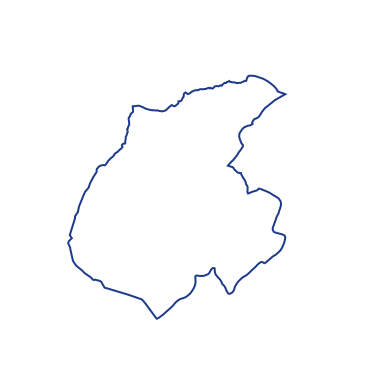 Angkor Chey, Kâmpôt, Cambodia, rotated 227°
{"feature_id": "14789045B76666331169485", "entity_name": "Angkor Chey", "entity_type": "district", "adm_level": 2, "iso_a3": "KHM", "parent_name": "Cambodia", "parent_adm1": "Kâmpôt", "projection": "robinson", "projection_center": [104.635, 10.793], "detail": "fine", "context": "isolated", "style": "outline", "palette": "blue", "viewbox_px": 384, "rotation_deg": 227, "n_neighbors": 0, "source": "geoboundaries", "source_scale": "gbopen_adm2", "svg_char_len": 5451}
<svg xmlns="http://www.w3.org/2000/svg" viewBox="0 0 384 384"><g transform="rotate(227 192 192)"><path d="M238.6,66.3L234.5,65.0L233.3,64.1L225.1,59.3L222.8,58.0L220.3,57.5L219.1,57.3L216.8,57.1L216.1,57.2L214.6,57.4L211.1,57.9L208.8,58.2L206.4,58.1L199.3,59.6L198.6,59.8L195.7,59.7L194.7,60.1L194.1,61.2L189.8,64.0L188.6,64.2L187.6,64.3L186.5,63.9L182.9,63.1L181.7,62.8L181.2,63.1L180.3,63.7L160.6,75.2L148.2,81.8L146.9,82.1L142.2,81.9L136.3,81.2L124.6,79.8L123.3,79.8L122.9,81.2L122.6,82.3L122.4,84.0L122.2,86.0L122.0,88.3L122.0,91.2L121.9,94.1L121.8,96.6L121.8,98.6L121.9,100.9L122.2,102.7L122.3,103.5L122.4,105.5L122.3,107.3L121.9,109.9L121.1,111.8L120.0,114.0L119.4,115.9L119.1,117.9L119.0,121.4L119.4,123.6L119.8,125.4L120.3,127.3L120.9,128.7L121.6,130.3L122.8,132.1L123.3,132.7L123.9,133.3L125.3,134.6L126.4,135.5L127.5,136.3L128.1,137.1L128.1,138.0L127.2,138.9L125.5,140.3L124.8,141.0L123.4,142.5L122.4,143.9L121.6,146.0L120.9,147.9L121.0,149.5L121.7,151.5L122.2,153.0L122.3,154.4L122.0,155.6L121.6,156.0L120.7,156.5L120.1,155.9L117.9,154.2L115.8,153.1L112.9,152.8L110.7,152.8L108.7,152.8L106.0,152.2L104.6,151.5L102.8,151.5L100.8,151.5L97.8,150.6L96.5,150.0L95.3,149.6L93.9,149.5L93.0,149.3L92.2,149.7L91.8,150.2L91.1,152.3L91.2,154.4L92.0,156.5L93.0,157.9L93.6,159.3L94.3,161.5L94.9,164.1L95.0,166.2L95.1,169.0L94.9,171.3L94.5,173.3L94.0,175.2L93.9,176.9L93.9,180.0L94.0,183.3L93.9,185.8L93.9,187.5L94.1,189.3L94.2,191.1L94.1,192.9L93.6,194.8L93.1,195.4L92.0,196.0L90.7,196.2L90.3,196.8L90.0,200.1L89.9,203.8L89.8,206.5L89.5,208.5L89.0,210.2L89.0,212.0L88.9,214.4L89.1,217.4L89.9,220.0L91.0,222.7L92.0,224.7L93.3,226.8L94.6,228.6L95.9,229.7L96.8,230.0L98.1,229.7L100.5,228.5L102.9,226.9L105.0,225.6L106.9,224.7L109.0,225.1L110.5,226.3L112.2,229.6L113.2,231.5L113.9,232.8L114.4,234.1L115.1,235.1L115.8,236.5L116.7,238.6L117.3,240.4L117.5,241.0L117.9,241.4L118.6,242.6L119.9,245.2L121.5,247.8L122.4,248.7L123.5,249.7L124.7,250.4L128.3,251.0L131.4,250.2L134.5,249.3L138.6,248.2L141.6,247.0L144.9,245.4L146.9,244.5L148.4,243.6L148.9,243.2L148.9,240.7L149.6,239.0L150.6,237.3L151.6,234.8L152.3,232.6L152.8,231.9L154.1,232.5L156.0,234.4L158.0,236.3L159.5,236.7L160.8,236.8L162.7,238.0L164.9,238.7L167.1,239.0L170.3,239.8L171.9,240.3L172.5,240.7L173.2,239.8L174.1,239.4L174.6,238.9L175.6,238.6L176.3,238.5L178.1,238.5L178.9,238.3L180.5,238.5L181.8,238.9L183.3,238.2L183.9,237.8L185.9,236.7L186.8,236.2L187.2,240.4L187.3,241.5L187.3,244.1L188.1,249.7L189.1,253.2L189.8,257.3L190.8,260.7L192.0,261.4L193.7,261.3L194.9,261.8L198.0,263.0L200.4,264.3L202.5,266.7L203.6,271.2L203.8,274.0L202.5,277.7L201.0,280.2L200.5,282.8L201.7,283.3L202.5,285.1L202.8,287.6L202.2,288.5L201.4,291.5L201.9,294.5L202.9,297.9L203.6,302.8L203.2,306.7L202.7,315.0L201.3,321.1L199.9,326.9L202.6,325.7L204.1,324.7L205.7,324.0L207.3,323.2L208.2,323.8L209.0,323.9L210.1,324.0L210.8,324.1L213.1,324.2L215.4,323.9L218.1,323.5L220.0,323.2L221.9,322.7L224.2,322.0L227.1,320.9L228.6,320.0L231.2,318.7L233.2,317.5L234.9,316.3L236.9,314.4L237.9,313.2L238.4,312.1L238.1,311.5L238.1,310.6L237.6,309.5L237.2,309.0L236.6,308.1L236.3,307.2L237.2,306.6L237.8,304.6L238.1,304.0L238.3,302.9L238.6,302.3L239.1,301.6L239.5,301.1L240.0,300.6L240.5,299.8L241.3,298.8L242.0,298.5L242.9,298.1L243.5,297.5L244.3,296.7L244.7,296.3L245.5,295.9L246.3,295.2L247.1,294.8L247.8,294.9L247.9,294.2L248.3,293.0L248.7,292.4L248.5,291.4L248.8,290.8L249.4,290.5L249.6,289.4L249.8,288.8L249.7,287.4L249.4,286.6L249.8,285.9L250.4,285.8L250.7,285.2L251.0,284.2L251.3,283.4L252.0,282.9L252.6,282.2L253.1,281.7L253.4,281.2L253.7,280.1L253.6,279.5L253.5,278.4L253.6,277.8L253.9,277.3L254.5,276.9L255.4,276.7L255.8,275.6L256.4,275.6L257.0,275.1L257.2,274.3L257.6,273.5L257.8,272.6L258.1,272.1L258.9,271.4L259.4,270.3L259.8,269.9L260.4,269.3L261.0,268.8L261.4,268.4L261.8,267.7L262.1,266.6L262.5,265.6L263.1,265.0L264.1,263.9L264.7,262.6L264.9,261.5L265.3,260.9L265.6,259.8L265.6,258.8L265.8,257.7L266.3,255.8L267.2,255.5L268.1,255.4L269.2,255.2L269.3,254.4L269.4,253.6L269.2,252.9L268.6,252.1L267.4,250.9L267.5,250.2L267.1,249.5L266.9,248.5L266.6,247.9L266.2,247.1L266.2,246.3L266.3,245.6L266.7,245.1L267.2,244.5L267.5,243.9L266.8,243.4L266.4,242.9L266.1,241.8L266.2,240.9L266.3,239.5L266.4,238.1L267.0,237.4L267.7,237.1L268.9,236.7L269.5,236.3L269.5,235.6L269.7,233.6L269.6,232.1L269.6,230.1L269.7,228.1L270.5,226.7L271.3,225.2L273.3,223.6L275.3,222.3L276.0,221.4L277.7,219.9L279.0,218.6L280.9,217.2L282.6,216.1L285.1,214.7L287.2,214.0L288.7,213.3L290.2,212.7L291.6,211.8L293.0,209.8L295.1,207.1L293.8,206.0L292.3,204.9L291.0,203.7L290.8,202.7L290.9,201.5L290.8,200.0L290.1,199.2L289.8,198.1L289.6,197.5L289.4,196.3L287.9,194.9L286.7,194.2L285.9,193.5L284.7,192.6L283.8,191.6L283.4,190.2L283.0,189.4L282.3,188.5L282.2,187.4L281.0,186.8L279.7,185.9L279.1,184.4L278.2,183.0L277.4,181.1L276.0,179.7L275.1,178.3L273.5,176.7L273.1,176.2L274.1,174.8L274.3,173.7L274.1,172.6L273.4,172.4L272.3,171.8L272.0,169.5L272.3,167.5L272.1,165.3L272.3,163.9L272.7,161.6L272.0,159.9L271.9,158.6L271.9,157.7L272.1,155.7L271.9,152.1L271.2,149.2L270.8,146.7L272.1,145.6L273.4,143.7L274.1,141.6L273.7,138.0L273.1,137.2L271.7,135.9L270.4,130.5L269.0,126.5L267.9,123.4L266.8,121.4L265.8,119.6L265.6,118.7L265.1,115.0L265.0,113.7L263.9,111.2L258.4,99.3L256.9,97.4L256.4,96.4L255.7,95.8L255.1,94.7L254.0,89.9L253.1,89.0L252.4,88.2L243.8,73.2L240.2,72.6L240.0,68.4L239.5,67.2L238.6,66.3Z" fill="none" stroke="#1e3a8a" stroke-width="2"/></g></svg>